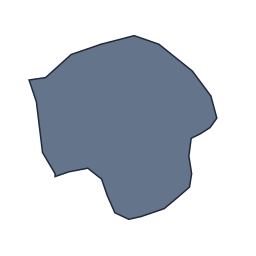 York, orthographic projection, rotated 161°
{"feature_id": "GBR-2120", "entity_name": "York", "entity_type": "Unitary Authority", "adm_level": 1, "iso_a3": "GBR", "parent_name": "United Kingdom", "parent_adm1": "", "projection": "orthographic", "projection_center": [-1.072, 53.949], "detail": "fine", "context": "isolated", "style": "filled", "palette": "slate", "viewbox_px": 256, "rotation_deg": 161, "n_neighbors": 0, "source": "natural_earth", "source_scale": "10m", "svg_char_len": 495}
<svg xmlns="http://www.w3.org/2000/svg" viewBox="0 0 256 256"><g transform="rotate(161 128 128)"><path d="M144.3,40.0L156.9,41.4L168.0,52.1L169.6,70.9L169.6,88.3L179.1,103.1L198.1,105.8L212.8,105.8L211.8,108.4L216.8,132.7L206.1,182.6L205.9,205.6L189.5,202.5L157.8,216.0L126.1,216.0L92.1,213.3L71.5,197.1L48.6,160.8L39.2,131.2L40.8,108.4L50.3,101.7L61.4,99.0L71.6,97.7L79.6,81.6L82.7,64.1L89.1,52.1L102.5,46.7L119.9,40.0L144.3,40.0Z" fill="#64748b" stroke="#1e293b" stroke-width="1.5"/></g></svg>